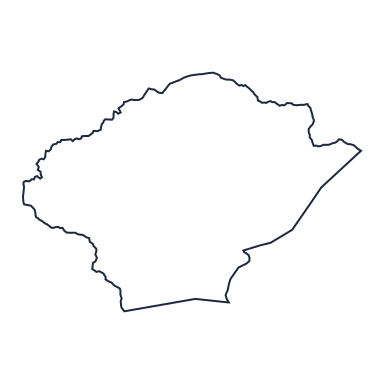 outline of Feira Nova do Maranhão, Maranhão, Brazil
{"feature_id": "56859067B35499253028510", "entity_name": "Feira Nova do Maranhão", "entity_type": "district", "adm_level": 2, "iso_a3": "BRA", "parent_name": "Brazil", "parent_adm1": "Maranhão", "projection": "orthographic", "projection_center": [-46.651, -7.006], "detail": "fine", "context": "isolated", "style": "outline", "palette": "slate", "viewbox_px": 384, "rotation_deg": 0, "n_neighbors": 0, "source": "geoboundaries", "source_scale": "gbopen_adm2", "svg_char_len": 3186}
<svg xmlns="http://www.w3.org/2000/svg" viewBox="0 0 384 384"><path d="M124.4,311.3L195.3,298.9L225.2,302.1L228.8,302.4L226.7,298.9L225.6,295.1L227.8,289.8L228.3,287.1L229.2,283.0L230.6,278.8L238.5,267.5L244.4,264.6L246.9,263.3L249.3,261.0L249.6,258.2L248.6,255.1L246.8,253.7L244.2,252.1L243.3,250.5L261.0,245.1L270.6,242.8L292.2,229.8L313.0,199.7L320.2,189.0L321.2,187.5L357.9,153.6L361.0,150.8L359.3,149.7L357.7,148.8L356.2,147.3L354.2,145.5L352.4,144.8L350.0,144.1L347.8,144.1L343.9,141.8L341.8,139.7L339.1,139.3L337.1,141.4L335.4,142.6L332.3,143.3L329.5,144.6L326.7,144.9L323.9,144.7L322.0,145.5L320.0,146.2L318.0,146.3L316.2,145.6L313.9,145.9L312.7,143.3L311.9,140.1L309.7,137.3L309.8,134.9L308.8,132.7L308.6,129.1L310.6,126.5L312.6,124.3L313.9,121.4L313.7,119.5L312.7,117.4L312.3,114.6L311.0,110.3L310.2,107.6L308.4,106.0L307.5,104.0L305.7,104.4L303.6,104.9L300.7,104.8L298.4,105.1L295.9,105.2L293.1,104.8L291.9,103.4L289.4,103.2L287.1,103.0L285.5,104.4L284.0,105.4L282.2,104.9L279.7,105.8L277.7,104.4L276.1,103.2L274.6,102.1L272.2,102.1L270.5,101.1L268.1,101.8L266.2,102.9L264.2,102.5L262.1,102.8L260.2,101.5L257.9,100.5L257.4,97.0L255.3,95.1L254.1,93.8L253.2,92.1L251.4,90.6L248.6,87.9L247.0,86.7L245.3,85.1L243.4,86.1L241.5,85.0L239.5,85.6L237.0,84.0L234.6,81.6L233.2,80.4L230.9,79.8L228.5,79.6L226.5,79.6L224.3,79.0L221.0,77.8L219.4,75.3L217.1,74.0L215.3,73.5L213.6,72.7L209.2,73.0L206.8,73.4L203.9,73.8L202.0,74.2L199.6,74.2L190.9,75.4L186.1,76.8L183.2,78.0L181.3,79.2L179.1,80.3L177.0,81.0L171.7,83.1L169.9,83.6L166.1,88.4L162.3,93.1L159.0,92.7L156.7,91.4L154.5,89.6L151.4,89.2L148.7,88.5L144.1,95.3L142.8,97.7L139.5,99.8L135.8,100.1L130.8,99.6L126.6,101.6L124.1,102.0L123.6,104.3L122.0,105.8L118.5,108.3L120.7,112.4L118.2,113.7L116.3,112.0L114.0,111.4L113.6,114.0L113.5,117.8L112.0,119.7L105.3,119.3L103.9,120.6L103.3,122.4L101.9,124.0L100.8,127.8L100.8,129.7L97.3,131.2L95.5,130.9L93.5,131.0L92.6,133.0L90.2,134.8L88.6,136.0L85.8,136.0L83.9,135.9L81.8,136.4L81.2,138.5L78.8,139.2L76.5,138.4L74.5,139.4L72.7,141.1L70.6,139.2L67.7,139.7L65.1,139.9L61.2,140.0L60.3,142.1L57.7,142.1L56.3,143.8L53.2,144.5L51.6,146.4L50.7,149.4L48.7,151.3L46.0,150.8L45.4,154.1L45.2,157.0L43.7,159.3L41.7,158.7L39.4,159.6L38.1,162.1L36.6,163.9L38.8,167.1L37.8,169.9L40.5,171.7L40.9,175.1L42.0,177.2L40.3,178.6L38.3,177.3L37.0,176.1L35.0,176.9L34.0,179.4L31.8,179.2L29.2,181.4L25.9,180.9L23.7,182.0L23.4,183.9L24.0,186.3L23.8,189.5L23.5,192.3L23.3,194.3L23.0,196.8L23.2,199.7L23.5,202.6L24.2,204.4L27.9,205.1L30.9,205.7L34.5,209.5L35.4,212.9L35.6,215.5L36.2,217.3L37.9,218.1L39.2,219.5L42.2,221.2L45.2,223.5L47.1,224.3L51.0,227.4L52.8,228.0L55.8,227.1L58.4,227.0L60.3,228.2L62.5,227.9L64.6,231.1L66.9,232.6L70.9,232.8L73.1,232.7L75.6,232.8L77.3,234.1L79.9,234.6L82.8,234.9L86.4,237.3L89.1,238.1L89.8,241.8L92.7,243.7L93.5,245.9L96.3,248.8L96.4,250.6L96.0,252.4L95.3,254.3L96.9,257.8L95.4,261.5L93.0,262.8L92.6,266.4L92.3,269.1L95.0,270.8L96.4,271.9L99.3,271.2L103.4,273.5L105.7,277.2L105.5,279.4L108.8,281.5L111.4,282.5L114.5,285.7L116.8,286.8L119.7,288.4L120.5,290.7L120.4,294.7L121.7,298.6L120.7,301.1L121.1,305.7L121.6,307.8L124.4,311.3Z" fill="none" stroke="#1e293b" stroke-width="2"/></svg>